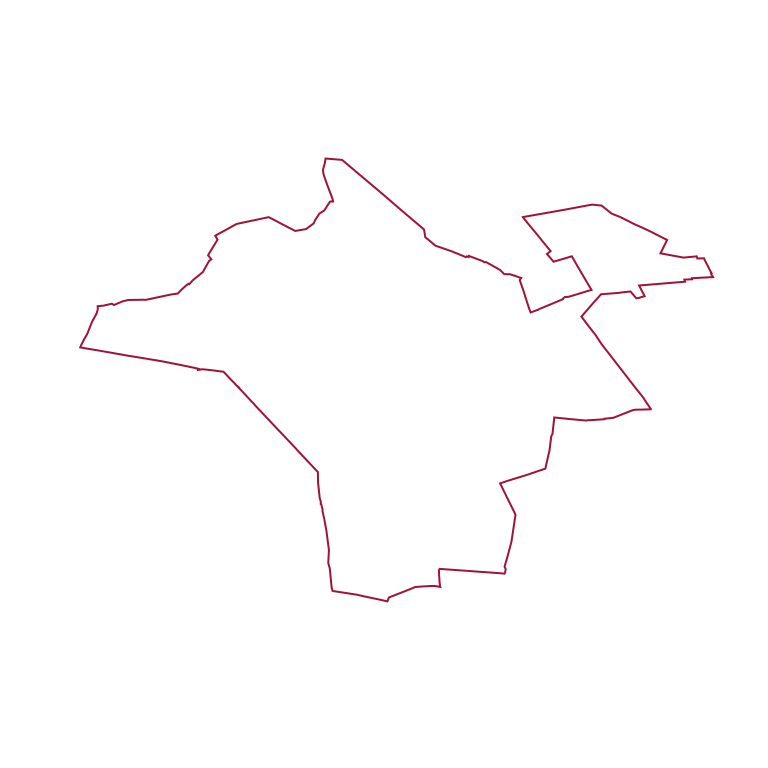 the district of Talsi, Talsi, Latvia, rotated 190°
{"feature_id": "27541924B77419719767083", "entity_name": "Talsi", "entity_type": "district", "adm_level": 2, "iso_a3": "LVA", "parent_name": "Latvia", "parent_adm1": "Talsi", "projection": "robinson", "projection_center": [22.584, 57.246], "detail": "fine", "context": "isolated", "style": "outline", "palette": "rose", "viewbox_px": 768, "rotation_deg": 190, "n_neighbors": 0, "source": "geoboundaries", "source_scale": "gbopen_adm2", "svg_char_len": 4341}
<svg xmlns="http://www.w3.org/2000/svg" viewBox="0 0 768 768"><g transform="rotate(190 384 384)"><path d="M342.9,170.5L342.1,174.6L327.4,183.6L319.9,188.2L318.7,189.1L318.1,189.4L316.4,189.9L309.7,191.6L306.5,192.3L302.9,193.2L300.0,193.7L297.9,194.0L293.3,193.8L293.8,194.9L295.1,199.4L297.6,210.0L297.1,211.6L235.7,217.9L232.3,218.2L232.0,219.2L232.0,222.8L232.2,223.2L232.5,223.6L232.8,223.9L233.1,224.3L233.4,224.6L233.5,225.0L233.4,226.6L233.3,227.6L233.1,229.0L232.7,232.8L232.3,236.9L232.1,238.7L232.1,239.3L231.7,243.4L231.4,247.4L231.1,250.5L231.8,278.1L234.2,281.5L236.7,284.9L241.4,291.2L246.0,297.6L246.7,298.5L247.4,299.4L249.9,302.9L252.4,306.3L247.6,308.9L245.9,309.9L227.7,319.2L210.4,328.7L209.8,341.7L209.5,347.3L210.2,361.9L209.4,363.9L210.5,380.6L197.2,381.6L196.4,381.6L190.7,382.1L178.7,383.1L178.3,383.2L177.0,383.7L173.8,384.4L162.3,387.2L160.8,387.6L160.9,388.1L159.7,388.4L152.2,390.6L134.4,401.5L131.9,402.4L128.6,403.0L125.5,403.6L118.4,405.1L116.9,405.5L117.0,405.8L119.8,408.7L123.4,412.4L126.1,415.4L127.2,416.4L128.3,417.4L135.3,423.5L156.2,442.5L176.7,461.1L184.6,469.4L190.9,475.0L191.9,475.9L201.3,484.7L197.2,491.4L195.5,494.3L190.9,502.0L190.1,503.2L186.1,509.6L185.8,510.1L169.0,514.4L167.5,514.9L163.4,516.2L157.3,517.9L150.5,512.3L148.5,512.8L142.6,515.8L149.9,525.3L105.3,537.0L106.3,539.0L98.8,540.6L99.2,541.6L91.2,543.5L87.3,544.4L78.5,546.4L80.5,548.6L81.2,549.8L80.7,550.0L82.0,551.7L90.9,563.4L91.4,563.2L97.2,562.0L98.2,564.0L110.9,560.5L134.4,560.7L130.2,575.0L148.9,580.7L157.5,583.0L160.2,583.7L163.0,584.3L167.6,585.6L172.7,587.2L173.5,587.4L176.2,588.2L180.4,589.5L189.0,591.2L192.4,593.0L193.0,593.3L196.9,595.4L200.8,597.5L210.1,596.8L215.4,594.9L236.4,587.0L256.4,579.7L275.2,572.9L276.2,572.4L268.5,565.7L264.7,562.5L263.4,561.4L262.7,560.8L260.7,559.1L258.7,557.4L256.7,555.7L252.8,552.2L248.8,548.8L244.6,545.2L243.0,543.8L246.1,540.3L242.5,537.4L238.3,533.9L233.9,536.0L221.2,542.4L214.7,534.6L202.4,520.1L196.0,512.7L200.1,510.7L209.4,505.9L217.4,501.9L221.0,501.0L222.3,499.7L222.4,498.7L234.2,491.1L234.5,490.9L243.8,485.0L244.7,484.2L252.0,479.9L254.0,483.2L258.5,491.6L262.5,499.4L268.4,509.9L267.3,512.3L270.5,512.6L274.2,513.5L274.7,513.2L276.3,513.6L279.3,514.0L284.6,513.0L289.2,516.3L298.9,519.8L304.6,521.8L305.9,521.3L306.9,521.5L308.0,522.1L322.7,524.9L322.7,523.7L324.8,524.0L325.1,523.7L325.4,523.1L330.6,524.3L332.4,524.7L338.5,526.0L339.1,526.2L340.1,526.4L357.2,529.1L368.8,535.7L371.4,543.1L395.3,557.1L417.2,570.1L451.4,590.0L464.2,597.4L480.7,595.9L480.6,591.6L481.2,585.8L481.2,583.9L480.6,581.8L479.5,579.2L477.5,575.5L474.7,570.6L466.9,557.5L465.8,554.9L467.3,554.6L468.8,554.3L473.0,544.5L477.2,540.6L477.3,540.4L480.3,533.5L481.2,529.9L487.6,523.1L492.8,521.2L498.0,519.3L510.8,523.3L523.5,527.4L524.7,527.7L525.8,528.1L526.5,528.3L556.8,516.1L558.0,515.1L559.2,514.2L567.5,507.5L575.9,500.8L573.0,497.2L576.7,487.9L579.6,480.3L577.3,478.2L575.7,476.8L577.7,474.6L578.9,471.2L581.9,462.7L590.3,453.0L593.2,448.3L594.1,448.7L595.8,446.9L598.9,442.9L601.7,439.0L602.7,437.3L608.7,435.4L613.9,433.3L633.2,425.5L636.2,425.1L650.6,422.3L656.0,419.9L663.6,414.9L664.2,415.2L666.0,415.8L671.2,413.6L673.5,412.6L675.5,412.0L679.5,410.9L678.8,407.7L679.3,403.4L681.2,397.9L682.5,393.9L685.0,381.5L687.4,375.2L689.2,368.9L689.5,367.3L685.4,367.3L682.8,367.3L673.8,367.4L641.0,367.4L628.8,367.6L605.5,367.8L597.0,367.6L586.7,367.4L570.9,366.9L570.1,366.8L570.3,366.7L569.8,365.5L565.3,367.0L561.4,367.3L553.0,367.8L545.8,368.1L544.2,368.2L537.3,363.1L534.2,360.8L532.6,359.7L528.4,356.5L528.0,356.2L527.8,356.4L527.1,355.8L526.9,355.7L527.1,355.6L523.9,353.2L519.9,350.3L518.9,349.5L516.8,347.9L512.2,344.4L508.6,341.8L507.1,340.5L503.0,337.4L500.5,335.6L495.6,331.9L491.5,328.9L487.5,325.9L487.4,325.8L483.4,322.8L479.2,319.7L475.2,316.8L471.1,313.7L469.9,312.8L467.0,310.7L462.2,307.1L459.6,305.2L457.7,303.6L452.3,299.6L437.6,288.6L433.8,285.8L433.3,282.9L432.8,280.6L431.9,275.7L430.1,269.5L429.3,266.6L428.3,263.3L427.6,260.7L425.8,257.1L425.5,255.0L425.1,255.0L423.1,250.7L422.7,249.6L422.6,248.6L422.2,247.3L419.5,241.0L417.4,235.2L416.2,232.1L415.4,230.0L409.4,210.9L409.2,209.4L407.8,198.0L405.4,193.0L400.2,174.4L398.9,171.5L398.3,171.2L396.3,171.3L373.8,171.8L366.4,171.4L351.0,170.9L342.9,170.5Z" fill="none" stroke="#9f1239" stroke-width="2"/></g></svg>